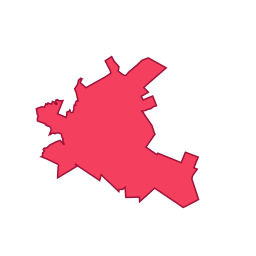 Benjamín Hill, Sonora, Mexico (Robinson projection), rotated 292°
{"feature_id": "50627088B71281385792912", "entity_name": "Benjamín Hill", "entity_type": "district", "adm_level": 2, "iso_a3": "MEX", "parent_name": "Mexico", "parent_adm1": "Sonora", "projection": "robinson", "projection_center": [-111.217, 30.152], "detail": "fine", "context": "isolated", "style": "filled", "palette": "rose", "viewbox_px": 256, "rotation_deg": 292, "n_neighbors": 0, "source": "geoboundaries", "source_scale": "gbopen_adm2", "svg_char_len": 5048}
<svg xmlns="http://www.w3.org/2000/svg" viewBox="0 0 256 256"><g transform="rotate(292 128 128)"><path d="M67.1,167.9L69.9,169.3L80.9,174.6L82.2,175.2L81.9,176.8L81.8,177.1L81.4,179.2L80.9,181.4L79.8,186.7L77.8,196.0L77.2,199.2L75.0,208.9L76.9,210.7L77.4,211.1L80.6,213.9L81.8,214.8L83.6,216.4L88.2,220.2L93.3,215.9L102.3,208.3L104.7,206.3L107.0,205.9L107.7,205.7L115.8,207.6L115.8,206.1L115.8,205.2L115.8,204.0L123.1,204.0L127.3,204.0L127.2,197.7L127.1,195.1L127.0,190.3L124.2,190.3L122.9,190.3L115.8,190.3L115.8,180.2L115.8,178.1L115.8,176.1L115.8,165.1L114.1,164.6L114.9,161.1L117.0,151.8L122.8,153.1L132.3,155.3L132.9,154.5L135.6,152.3L139.3,149.2L142.9,143.8L144.1,141.9L144.7,140.9L147.4,137.1L147.7,136.6L147.9,136.6L147.9,136.3L148.8,134.5L149.0,134.8L150.9,137.8L153.1,139.8L153.3,140.1L153.5,140.4L153.7,140.9L153.9,141.3L154.1,141.5L154.4,141.8L155.7,142.7L156.4,143.1L156.9,143.4L157.3,143.7L157.7,144.1L157.9,144.3L159.3,146.1L166.9,138.9L160.4,132.2L159.6,131.6L162.3,128.4L168.8,133.5L171.4,127.5L174.9,129.1L198.1,140.9L200.6,120.5L196.8,116.5L195.8,115.4L195.3,115.3L189.8,112.8L188.8,112.3L181.0,108.1L175.8,106.3L175.5,104.4L175.7,102.7L177.0,97.6L181.4,96.7L182.9,93.7L184.8,90.0L188.1,86.1L186.2,84.8L184.5,83.6L182.8,82.4L181.7,81.7L174.6,90.0L172.6,91.6L168.0,88.7L164.1,85.6L150.6,74.7L149.6,73.8L151.5,68.7L151.9,67.3L152.0,67.2L152.1,66.9L152.3,66.9L152.7,66.7L152.9,66.6L153.0,66.6L153.2,66.8L153.4,66.8L154.1,66.6L154.5,66.7L154.7,66.9L154.8,66.9L155.0,66.9L155.3,66.8L155.5,66.6L155.8,66.5L156.1,66.6L156.3,66.8L156.3,66.3L156.4,65.5L156.1,65.4L155.8,65.3L155.4,65.1L155.1,64.8L154.8,64.6L154.4,64.5L154.1,64.4L153.8,64.3L153.5,64.2L153.0,64.3L152.2,64.5L151.8,64.6L151.4,64.7L151.1,64.7L150.8,64.8L149.9,64.8L149.6,64.8L149.1,64.8L148.8,64.8L148.2,64.7L147.5,64.6L146.8,64.4L146.6,64.3L146.4,64.3L146.2,64.3L145.9,64.2L145.7,64.2L144.5,63.8L142.4,65.7L142.0,66.3L136.2,70.3L134.4,71.6L134.3,71.3L134.1,71.0L134.0,70.6L133.9,70.3L133.8,70.1L133.6,69.9L133.0,70.0L131.1,69.9L130.6,70.0L130.2,70.3L129.5,70.9L129.1,69.5L127.9,69.8L127.4,69.9L126.6,70.0L126.0,70.4L125.3,70.7L124.6,70.8L123.9,70.8L123.7,70.8L123.2,70.9L122.3,71.2L121.9,70.7L121.2,70.3L121.1,69.7L120.9,68.8L121.8,68.2L122.7,67.5L122.8,67.4L122.7,67.4L122.3,67.4L122.1,67.4L121.9,67.3L121.8,67.2L121.7,67.2L121.4,67.0L121.0,66.4L120.9,66.3L120.7,66.3L120.4,66.2L120.3,65.8L120.1,65.5L119.5,65.5L119.2,65.6L117.8,66.0L117.5,66.4L115.2,66.5L114.7,66.6L114.8,57.4L129.1,57.4L128.6,56.5L128.0,55.1L127.8,54.7L127.5,54.1L127.3,53.8L127.3,53.5L127.4,53.3L127.5,53.1L127.5,52.9L127.7,52.7L127.5,52.4L127.5,52.2L127.4,52.1L127.4,51.9L127.5,51.8L127.7,51.7L126.7,50.6L123.5,52.4L123.9,53.2L123.7,53.3L123.5,53.2L123.2,53.2L123.2,52.7L123.1,51.8L123.1,50.9L124.6,50.8L124.4,48.0L121.5,48.2L121.4,47.1L121.2,44.4L119.8,44.5L119.7,42.7L118.2,42.8L116.8,42.8L116.1,42.9L116.0,42.7L116.0,42.4L115.9,42.0L115.8,41.6L115.7,41.3L115.5,40.6L115.3,40.0L115.1,39.8L114.3,38.8L113.9,38.4L113.4,37.8L112.9,37.3L112.1,36.4L111.5,35.8L111.2,36.0L110.9,36.2L110.7,36.3L110.2,36.6L109.7,36.9L109.5,37.0L109.0,37.3L108.9,37.4L108.0,38.0L107.0,38.5L106.7,38.7L106.6,38.9L106.5,39.0L106.4,39.2L106.3,39.4L106.2,39.5L105.8,40.1L105.7,40.2L105.2,40.3L104.9,40.3L104.4,40.3L103.9,40.3L103.3,40.4L102.8,40.5L102.3,40.6L101.8,40.8L101.1,41.1L100.9,41.3L100.6,41.4L100.6,41.8L100.7,42.8L100.7,43.1L100.7,43.8L100.7,44.2L100.8,44.6L100.8,44.8L100.8,45.1L100.8,45.6L100.9,46.2L100.9,46.6L100.9,47.3L100.9,47.9L100.9,48.3L101.0,48.5L101.0,48.9L101.0,49.4L101.0,50.2L100.0,50.2L100.2,51.5L99.9,51.6L99.8,51.8L99.7,52.3L99.7,52.8L99.7,53.3L99.9,53.6L100.0,53.9L100.1,54.0L100.1,54.3L100.0,54.6L99.9,55.2L99.7,55.5L99.4,55.8L99.2,56.1L98.8,56.5L98.2,57.1L97.8,57.3L97.6,57.4L97.5,57.5L92.4,57.6L92.8,57.9L92.8,58.0L92.7,58.0L92.8,58.4L92.9,58.5L93.0,58.5L93.3,58.8L93.5,58.9L94.0,59.0L94.6,59.3L94.7,59.7L94.8,60.0L94.9,60.3L95.0,60.4L95.1,60.7L95.3,61.0L95.5,61.4L95.4,61.5L95.2,62.0L95.5,62.6L95.8,62.6L95.9,62.8L96.1,63.0L96.5,63.5L96.8,64.1L97.0,64.5L97.3,65.0L97.4,65.5L97.4,66.3L97.4,66.5L97.5,68.5L95.8,69.3L95.4,69.7L93.4,71.9L93.1,71.6L92.3,72.2L92.1,72.2L88.5,75.1L91.1,69.8L88.2,66.4L87.7,66.0L86.7,65.2L86.2,64.8L85.8,64.4L83.6,62.4L82.8,61.8L82.3,61.6L81.9,61.4L81.6,61.3L81.1,61.1L80.7,60.9L80.4,60.7L79.9,60.6L79.7,60.4L78.6,59.3L78.5,59.2L78.4,58.9L78.2,58.3L78.0,58.0L77.8,57.8L77.6,57.7L77.4,57.6L76.8,57.4L76.7,57.4L76.4,57.4L76.2,57.5L76.0,57.8L75.9,58.4L75.8,58.7L75.8,58.8L75.6,59.0L75.4,59.1L75.2,59.1L74.9,59.1L74.7,59.1L73.9,58.6L73.5,58.4L73.2,58.2L72.8,58.2L72.5,58.2L72.4,58.2L72.1,58.4L71.6,58.7L71.1,58.9L70.9,59.0L70.7,59.0L70.4,59.0L70.2,59.0L70.0,58.9L69.9,58.9L69.7,58.8L68.8,58.2L69.0,59.5L69.1,60.0L68.8,60.2L68.9,63.9L68.1,76.5L67.9,77.0L67.4,77.6L66.9,77.9L65.7,77.8L55.4,81.4L73.2,94.8L75.2,92.4L74.0,95.8L68.7,121.4L72.7,120.9L73.8,120.7L74.8,120.6L73.1,124.3L72.4,126.1L69.9,132.7L68.9,135.1L65.6,143.3L67.8,142.9L69.1,146.1L71.9,147.5L62.8,152.0L65.7,158.8L68.2,164.4L64.0,166.4L67.1,167.9Z" fill="#f43f5e" stroke="#9f1239" stroke-width="1.5"/></g></svg>